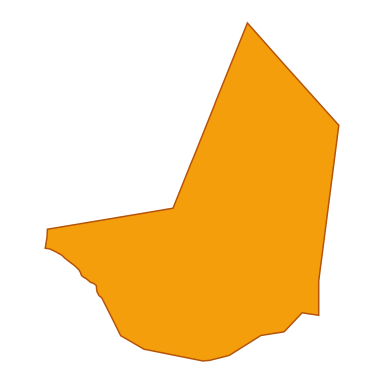 the district of Pajeú do Piauí, Piauí, Brazil
{"feature_id": "56859067B79713407266693", "entity_name": "Pajeú do Piauí", "entity_type": "district", "adm_level": 2, "iso_a3": "BRA", "parent_name": "Brazil", "parent_adm1": "Piauí", "projection": "orthographic", "projection_center": [-42.901, -7.864], "detail": "fine", "context": "isolated", "style": "filled", "palette": "amber", "viewbox_px": 384, "rotation_deg": 0, "n_neighbors": 0, "source": "geoboundaries", "source_scale": "gbopen_adm2", "svg_char_len": 697}
<svg xmlns="http://www.w3.org/2000/svg" viewBox="0 0 384 384"><path d="M318.7,315.3L318.7,281.2L320.4,267.5L320.8,265.0L330.3,191.2L338.0,131.5L338.8,125.3L299.4,81.4L284.2,64.5L247.4,23.0L215.7,101.7L214.4,105.3L193.6,157.2L191.0,163.3L180.1,190.6L173.0,208.2L125.4,216.2L47.4,229.2L47.0,237.4L45.2,248.2L49.7,248.9L53.8,250.8L61.7,255.1L64.9,258.2L70.8,262.8L74.7,265.7L79.0,269.9L80.4,272.4L81.5,275.5L83.6,277.2L86.3,278.7L90.8,282.5L93.4,283.2L96.3,285.5L96.6,289.2L97.1,292.0L99.1,295.7L101.7,297.7L113.0,320.1L120.7,335.7L144.0,349.2L203.1,361.0L205.4,360.7L209.5,360.4L229.2,355.4L260.8,335.5L284.1,331.8L302.1,312.8L318.7,315.3Z" fill="#f59e0b" stroke="#b45309" stroke-width="1.5"/></svg>